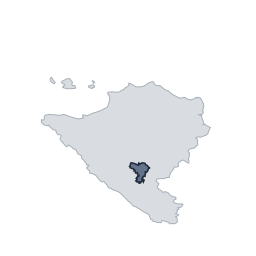 Spain, with Valladolid highlighted, rotated 213°
{"feature_id": "ESP-5850", "entity_name": "Valladolid", "entity_type": "Autonomous Community", "adm_level": 1, "iso_a3": "ESP", "parent_name": "Spain", "parent_adm1": "", "projection": "robinson", "projection_center": [-4.954, 41.703], "detail": "fine", "context": "in_parent", "style": "filled", "palette": "slate", "viewbox_px": 256, "rotation_deg": 213, "n_neighbors": 0, "source": "natural_earth", "source_scale": "10m", "svg_char_len": 5360}
<svg xmlns="http://www.w3.org/2000/svg" viewBox="0 0 256 256"><g transform="rotate(213 128 128)"><path d="M135.8,69.3L135.8,69.9L136.9,71.0L140.2,71.6L141.0,72.1L140.9,73.6L140.1,74.9L140.8,75.5L141.6,75.5L142.5,74.4L142.7,75.1L144.2,75.7L147.5,76.9L149.8,77.1L152.2,79.4L156.1,79.0L159.6,81.3L162.9,80.8L163.6,81.2L168.7,81.3L168.9,79.4L169.5,78.7L178.4,81.2L179.5,82.8L179.3,83.6L179.9,85.4L181.0,85.4L183.3,84.3L186.3,85.6L187.2,86.8L187.8,86.8L190.0,85.7L196.2,87.1L196.4,86.2L196.8,85.9L199.3,85.1L200.4,84.9L203.7,85.5L204.1,86.6L204.8,87.0L205.0,87.9L203.2,88.5L203.0,90.0L204.2,91.4L204.5,93.6L201.3,96.6L192.0,101.6L189.0,104.6L182.1,106.1L174.9,108.3L170.6,112.3L171.7,112.6L173.1,114.0L172.7,114.6L170.8,115.5L169.1,115.8L166.0,120.7L161.8,125.8L160.2,128.1L156.8,134.0L156.9,135.8L158.7,141.7L159.7,143.3L161.1,144.6L163.7,145.7L164.3,146.8L163.5,147.8L160.9,149.7L156.4,152.2L154.5,154.2L154.1,156.1L152.8,157.0L152.4,159.7L150.6,163.4L150.5,164.4L151.9,165.7L150.6,166.6L143.6,166.9L139.3,169.8L137.1,172.4L135.2,177.2L132.8,180.0L131.8,180.6L130.1,179.3L128.1,179.1L126.1,179.5L125.1,180.5L123.5,181.1L121.9,180.6L118.4,180.3L116.9,180.4L114.5,181.2L112.5,180.7L109.0,180.4L101.5,181.0L100.6,181.3L97.2,184.6L93.6,184.6L90.3,186.0L88.1,189.1L87.7,190.8L87.0,190.4L86.5,190.5L86.2,191.8L84.0,192.6L81.4,191.6L79.3,190.0L78.2,189.9L76.4,187.5L75.6,185.9L75.1,184.2L75.0,183.1L73.4,182.4L73.1,180.8L74.2,178.8L75.8,177.7L74.4,177.8L73.3,179.1L72.0,177.1L66.6,173.0L66.9,171.6L65.9,172.7L65.3,173.0L62.5,172.8L59.3,173.3L58.0,166.5L58.9,164.1L62.5,159.4L64.7,158.8L65.7,156.4L63.6,156.5L60.4,151.9L61.3,147.5L64.5,144.3L65.1,143.0L65.2,141.8L64.6,141.0L62.8,140.5L61.0,137.1L60.6,135.0L59.1,133.8L57.9,131.7L59.0,131.3L63.7,131.3L64.8,130.8L65.6,129.4L66.5,127.0L66.7,125.6L65.0,123.6L64.9,123.2L65.1,122.5L68.0,120.3L67.4,118.6L67.9,115.1L67.7,113.1L67.4,111.4L66.4,109.2L67.1,108.3L68.5,107.6L69.7,105.8L71.4,104.3L73.6,103.1L76.2,100.5L75.8,99.3L75.0,98.7L71.8,98.2L71.6,97.6L71.6,94.8L70.8,93.7L69.6,93.8L67.9,93.3L67.4,93.6L65.2,93.5L63.6,93.0L63.0,93.5L62.8,94.5L60.1,95.5L58.6,95.4L56.2,94.6L53.5,94.9L53.1,94.7L50.8,95.8L50.0,95.8L49.0,94.5L50.3,92.4L49.2,90.5L48.5,90.4L44.1,91.8L41.5,93.7L40.5,93.9L40.2,93.6L40.1,91.0L42.8,88.2L41.1,88.0L41.2,87.2L42.3,85.9L41.2,84.9L41.3,82.1L38.9,83.0L38.3,82.8L38.3,81.7L39.8,79.4L38.2,79.2L37.1,78.3L35.7,76.5L35.7,75.5L36.5,73.2L38.6,72.1L40.6,70.5L43.4,70.8L47.6,69.5L49.1,68.8L49.0,67.8L48.6,67.1L49.0,66.4L52.4,64.5L54.4,64.3L56.5,63.4L57.9,64.0L59.1,63.8L60.5,64.5L62.4,66.2L65.0,66.9L67.2,66.3L78.2,66.2L81.4,65.4L83.8,66.4L88.5,66.9L91.3,67.7L99.1,69.2L102.0,69.2L107.6,67.8L109.2,68.1L111.5,67.4L112.5,67.6L114.0,68.6L119.0,69.9L120.3,68.8L121.3,68.5L124.9,69.2L128.5,70.6L130.4,70.7L133.2,70.3L135.8,69.3ZM204.4,129.5L205.7,130.1L207.1,129.6L207.8,129.7L208.6,130.0L208.8,131.1L205.9,136.3L203.6,137.7L201.2,136.6L199.8,136.3L199.4,135.9L199.0,134.2L198.4,133.7L197.5,133.4L195.7,134.7L195.1,133.9L194.2,133.7L193.8,133.2L193.8,132.5L199.4,128.4L201.0,127.5L204.5,126.5L205.0,126.6L204.6,127.3L205.1,127.8L204.4,129.5ZM220.3,127.4L219.8,128.8L215.6,126.9L214.2,126.7L213.8,126.4L213.9,124.9L216.7,124.7L219.0,125.4L220.3,127.4ZM181.4,144.1L180.9,145.2L178.8,144.8L178.4,144.4L178.8,143.2L179.4,143.1L179.4,142.2L180.0,141.4L183.0,140.7L183.7,141.3L183.8,142.1L182.1,143.9L181.4,144.1ZM183.6,148.3L183.3,148.5L181.0,148.3L180.9,147.6L181.4,146.6L182.2,147.6L183.5,147.8L183.6,148.3Z" fill="#d9dde1" stroke="#a8b0b8" stroke-width="1"/><path d="M106.6,99.7L106.4,100.4L106.3,100.6L106.1,100.8L104.5,101.4L104.0,101.4L102.9,101.8L101.9,101.9L101.3,102.1L100.8,102.0L99.7,102.6L99.3,102.5L99.6,103.3L99.6,103.7L99.6,103.8L99.9,104.2L99.9,104.3L99.9,104.5L99.0,104.0L98.7,104.3L98.2,104.0L98.1,104.4L98.4,104.7L97.5,105.7L97.5,106.0L96.8,106.8L95.5,107.1L94.9,107.6L94.7,107.7L94.3,107.6L93.1,106.8L92.7,106.7L91.9,107.1L91.4,107.0L91.2,107.0L90.3,106.6L90.2,106.6L89.8,106.6L89.7,106.5L89.6,106.4L89.4,106.2L89.1,106.1L88.8,106.3L88.3,106.4L88.1,106.1L88.5,105.7L88.7,105.1L88.7,104.5L88.6,104.3L88.3,103.8L88.3,103.6L88.2,103.4L88.3,102.5L88.3,102.4L88.2,102.3L88.1,102.1L88.1,101.9L88.1,101.6L88.2,101.4L88.4,101.2L88.5,101.1L89.1,101.0L89.3,100.9L89.6,100.6L88.8,100.0L88.7,99.8L88.8,99.7L88.9,99.4L88.5,99.1L88.3,98.9L88.3,98.2L88.1,97.9L87.7,97.4L87.4,96.7L88.9,95.8L88.6,95.2L88.5,94.9L88.6,94.5L88.7,94.2L88.6,93.6L88.9,93.1L87.6,92.0L87.5,91.3L87.6,90.5L87.5,89.5L87.6,89.1L87.8,89.0L88.4,89.3L88.5,89.3L88.8,89.1L89.0,89.1L89.3,88.6L89.5,88.3L89.6,88.2L90.1,88.4L90.4,88.3L90.7,88.1L91.0,87.7L91.4,87.6L91.8,88.2L92.2,88.3L92.2,87.8L92.7,87.9L92.5,88.9L92.5,89.6L92.3,90.2L93.7,90.2L93.8,91.2L93.7,91.4L93.7,91.5L93.5,91.8L93.4,91.9L93.5,92.3L93.4,92.5L93.2,92.6L93.1,92.9L92.6,93.8L92.9,94.2L93.4,93.8L93.7,94.1L94.5,93.9L94.9,94.4L95.6,95.7L96.0,95.6L96.4,95.2L96.7,94.7L96.9,94.6L97.1,94.4L97.3,94.4L97.5,94.5L97.7,95.0L98.5,95.8L99.2,95.7L99.6,95.4L99.6,96.4L100.0,96.6L100.3,96.7L100.7,96.4L100.9,96.4L102.0,96.5L102.3,96.4L102.8,96.0L103.0,96.0L104.2,96.1L104.6,95.9L104.9,96.5L105.7,96.6L105.5,97.0L105.9,97.7L105.9,98.0L105.9,98.9L106.4,99.2L106.6,99.7ZM85.7,91.1L87.0,92.2L86.8,93.3L86.1,93.0L86.3,92.6L85.8,91.8L85.7,91.1ZM88.5,87.8L88.6,88.2L88.6,88.5L88.4,88.6L88.2,88.6L88.0,88.4L88.0,88.1L88.3,87.9L88.5,87.8Z" fill="#64748b" stroke="#1e293b" stroke-width="1.5"/></g></svg>